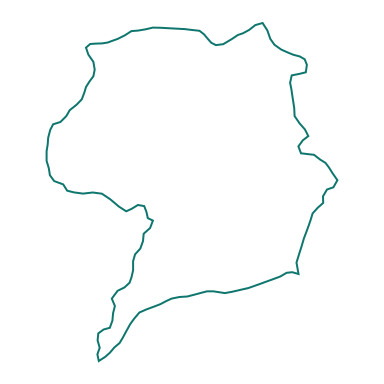 the district of Araçaí, Minas Gerais, Brazil
{"feature_id": "56859067B97028441467773", "entity_name": "Araçaí", "entity_type": "district", "adm_level": 2, "iso_a3": "BRA", "parent_name": "Brazil", "parent_adm1": "Minas Gerais", "projection": "orthographic", "projection_center": [-44.223, -19.251], "detail": "fine", "context": "isolated", "style": "outline", "palette": "teal", "viewbox_px": 384, "rotation_deg": 0, "n_neighbors": 0, "source": "geoboundaries", "source_scale": "gbopen_adm2", "svg_char_len": 1949}
<svg xmlns="http://www.w3.org/2000/svg" viewBox="0 0 384 384"><path d="M337.4,180.2L332.4,173.0L328.9,167.4L325.5,162.9L320.2,159.6L314.0,154.8L308.6,154.2L301.0,153.3L298.4,146.4L302.9,140.2L308.3,136.1L304.9,129.4L299.6,123.4L294.6,116.1L294.2,107.9L292.8,98.9L291.4,89.4L290.1,82.8L291.7,75.4L299.3,73.9L305.8,72.3L306.9,64.8L304.7,59.3L299.9,56.5L293.2,54.7L288.0,52.6L281.3,49.6L274.5,44.8L270.3,38.9L267.4,30.5L262.6,23.0L255.3,25.1L249.2,29.9L242.9,33.3L237.9,35.0L231.6,39.2L223.2,44.2L215.9,45.1L211.3,42.8L207.6,38.6L204.0,34.3L199.5,30.8L191.4,29.9L184.8,29.1L177.5,28.7L171.9,28.4L161.1,27.8L152.9,27.6L145.6,29.3L137.9,30.6L131.4,31.1L124.9,35.3L117.7,38.9L112.6,40.7L107.8,42.5L102.2,43.4L95.9,43.6L90.2,44.0L86.0,47.6L88.3,54.5L93.4,61.9L94.7,69.6L93.4,76.2L89.4,81.6L86.0,87.0L84.4,92.4L81.8,99.3L76.7,104.6L69.7,110.2L66.3,116.1L60.4,122.0L53.1,124.3L50.2,130.0L48.2,137.7L47.7,144.4L46.6,151.2L46.6,160.9L48.8,168.2L49.9,175.2L54.2,181.1L63.2,184.4L67.2,190.7L74.0,192.4L83.0,193.6L92.8,192.5L101.9,193.7L110.4,199.4L118.8,206.5L126.2,211.3L131.5,208.9L137.9,205.0L144.2,206.1L146.4,211.8L147.8,218.1L152.9,220.6L150.1,228.0L143.7,233.7L143.0,241.1L140.3,248.6L135.1,254.3L133.1,261.1L133.1,270.2L131.6,276.9L129.6,282.7L124.4,287.5L117.6,290.8L111.8,298.6L114.9,306.0L113.1,313.1L112.4,320.7L109.8,327.8L103.6,329.5L98.3,333.4L97.6,340.4L99.7,347.8L97.4,354.3L98.8,361.0L105.3,356.8L109.8,352.8L114.3,347.5L119.6,343.0L122.8,337.7L126.4,331.0L130.4,323.8L134.3,318.5L139.4,312.5L146.7,309.3L154.3,306.5L160.5,304.1L166.0,301.2L171.6,298.6L179.4,297.0L187.3,296.5L193.9,294.8L200.2,293.1L207.1,291.3L213.2,291.3L224.9,293.1L232.4,291.7L248.5,288.0L260.1,283.9L280.3,276.5L286.6,272.8L292.2,272.2L298.5,274.0L296.5,262.6L299.2,253.8L301.8,245.6L303.9,238.4L306.6,231.3L308.9,225.0L310.8,219.4L312.6,213.4L317.8,207.7L323.2,202.9L323.0,196.3L327.0,189.5L333.4,187.3L337.4,180.2Z" fill="none" stroke="#0f766e" stroke-width="2"/></svg>